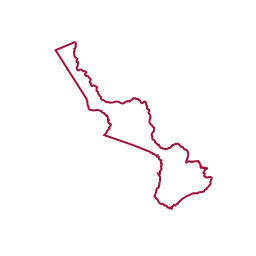 outline of Teruel, Huila, Colombia, rotated 25°
{"feature_id": "7082276B17617494286143", "entity_name": "Teruel", "entity_type": "district", "adm_level": 2, "iso_a3": "COL", "parent_name": "Colombia", "parent_adm1": "Huila", "projection": "orthographic", "projection_center": [-75.687, 2.832], "detail": "fine", "context": "isolated", "style": "outline", "palette": "rose", "viewbox_px": 256, "rotation_deg": 25, "n_neighbors": 0, "source": "geoboundaries", "source_scale": "gbopen_adm2", "svg_char_len": 5944}
<svg xmlns="http://www.w3.org/2000/svg" viewBox="0 0 256 256"><g transform="rotate(25 128 128)"><path d="M191.0,182.3L192.1,182.1L192.9,182.7L193.8,182.8L194.3,182.5L194.6,182.2L194.9,182.1L195.5,182.5L196.3,182.4L196.8,182.7L197.0,183.0L197.4,183.2L197.9,183.3L198.7,182.9L199.3,183.2L199.7,183.1L199.8,182.6L201.3,182.8L201.5,182.3L201.9,182.2L201.9,181.9L201.5,181.5L201.0,181.4L200.9,181.2L201.9,179.4L202.2,179.0L202.1,178.2L202.7,178.1L203.1,178.2L203.3,178.4L203.7,178.2L204.3,176.4L205.3,175.5L205.1,174.5L207.0,169.6L209.1,166.5L209.6,165.4L210.4,164.2L212.2,162.9L212.5,162.0L213.8,160.5L214.5,160.1L214.9,159.4L215.8,159.3L217.1,158.3L218.6,157.8L219.0,157.4L219.1,156.9L219.6,156.2L222.1,154.6L222.8,154.4L222.9,154.0L223.8,153.1L223.9,152.1L223.8,151.7L225.0,150.0L225.1,148.7L226.3,145.5L226.3,144.8L226.5,144.2L226.3,143.2L225.3,142.1L225.4,140.5L225.1,138.1L223.4,137.6L222.9,137.7L222.2,138.0L221.6,139.0L220.5,139.3L219.5,139.9L219.0,139.8L218.7,139.5L217.1,139.2L217.2,138.2L216.9,137.0L215.4,136.8L215.4,136.4L215.6,134.5L215.3,133.9L215.3,133.1L215.5,132.9L215.6,132.4L215.7,132.2L216.5,132.1L216.7,131.9L216.6,131.1L216.0,131.2L215.7,131.6L215.0,131.9L214.5,131.5L214.2,131.7L213.8,131.7L213.6,132.1L213.2,131.9L212.8,132.3L212.2,132.3L212.0,132.8L211.5,132.8L211.3,133.2L210.8,133.3L210.5,133.1L210.6,132.7L210.4,132.6L210.1,132.0L209.8,131.9L209.6,131.5L209.8,131.3L209.6,131.1L209.4,131.0L208.8,130.4L208.1,130.0L207.8,129.6L207.1,129.4L207.0,128.8L206.6,128.8L205.9,128.3L205.6,128.4L205.4,128.7L204.9,128.6L203.9,129.4L203.3,129.6L202.3,130.2L201.9,130.6L200.9,131.0L200.3,131.8L199.3,131.8L199.1,132.1L197.8,132.3L197.5,132.6L197.0,132.8L195.3,134.6L195.1,134.4L195.0,133.7L194.8,133.0L194.8,132.0L194.7,131.3L194.8,130.1L194.3,129.0L194.1,127.0L193.8,126.6L193.1,125.9L192.5,124.6L191.4,123.5L190.6,123.2L190.2,123.1L188.9,123.5L187.7,123.4L185.8,122.3L183.6,122.5L182.1,121.6L181.1,121.3L179.7,121.3L179.2,121.8L178.5,121.8L177.6,122.3L177.4,123.3L176.2,124.1L175.5,124.9L175.0,127.0L174.5,128.2L173.8,128.6L172.4,130.5L171.4,131.1L169.6,131.6L168.3,131.8L167.0,131.7L166.0,132.2L165.6,132.1L164.0,131.0L163.4,130.3L163.0,130.1L162.8,130.2L162.7,130.6L162.4,130.7L161.3,130.2L159.3,129.8L158.7,129.5L158.3,128.5L156.2,127.9L155.1,127.8L154.4,127.3L154.0,126.4L153.8,125.5L152.3,124.4L152.1,122.0L152.8,119.9L152.2,118.7L152.0,117.4L151.8,117.1L151.3,116.6L149.9,116.3L148.6,115.5L146.8,114.9L145.3,114.0L144.8,113.3L144.1,111.3L144.1,110.9L144.3,110.1L144.1,109.2L143.6,108.9L143.3,108.4L143.4,107.8L142.1,106.5L140.8,106.1L140.0,105.2L140.3,104.3L139.7,102.9L139.5,102.6L138.7,102.8L138.2,102.6L137.5,102.6L137.2,102.4L136.8,102.0L136.6,101.2L136.0,100.3L135.1,99.4L134.5,99.1L134.0,97.6L132.9,97.0L132.2,96.9L131.4,97.2L131.3,97.4L131.4,98.0L131.2,98.3L130.0,99.7L129.6,99.8L128.0,98.7L127.4,98.0L125.7,97.8L125.4,97.7L125.2,97.4L123.5,98.0L123.2,98.3L121.8,98.0L120.9,98.7L120.3,98.7L119.8,100.4L119.1,101.3L118.8,101.9L118.5,102.1L118.3,102.9L118.1,103.3L116.6,103.5L116.3,104.3L115.7,104.5L114.5,105.5L114.0,107.0L112.9,108.0L112.1,108.3L108.0,108.4L105.7,109.1L105.4,109.4L104.7,110.4L101.7,112.3L100.8,112.7L99.7,112.6L98.6,113.3L97.5,113.3L96.3,113.6L95.1,113.3L93.6,113.2L92.3,113.4L91.3,112.9L90.1,111.1L88.8,110.8L87.4,110.0L86.2,109.0L85.3,107.7L83.8,107.6L83.3,106.9L82.7,104.4L82.4,103.9L81.3,103.9L79.3,103.7L78.7,104.0L77.4,105.3L76.9,104.9L76.1,104.9L75.8,103.7L75.3,103.1L74.9,102.9L74.3,103.1L74.0,102.8L73.8,101.7L73.8,100.1L73.6,99.5L73.0,99.2L70.9,98.6L70.0,98.0L69.6,97.9L68.7,98.4L66.9,98.1L66.7,98.0L66.3,97.5L66.7,95.1L64.5,94.8L63.1,95.4L62.7,95.4L61.1,94.9L60.4,95.0L59.5,95.6L59.1,96.4L58.6,96.8L57.9,96.8L57.2,96.5L56.6,95.9L55.8,94.4L56.2,93.0L55.8,91.5L55.6,91.2L55.5,90.1L55.1,89.5L54.7,89.4L53.6,89.8L53.0,88.9L52.7,86.6L51.4,86.6L50.6,86.4L49.1,85.5L48.4,84.6L48.3,83.8L46.9,82.4L46.9,82.0L47.1,81.4L46.7,80.4L46.7,79.7L46.3,79.1L45.8,78.9L46.4,77.8L46.2,77.1L46.4,76.5L45.6,75.2L45.5,74.2L44.6,72.9L44.3,72.7L43.3,72.8L29.5,88.1L78.4,119.3L78.4,119.6L79.0,120.6L79.9,120.8L80.0,121.4L80.6,122.2L80.9,122.9L81.4,123.8L81.9,124.2L82.0,124.6L83.1,125.1L83.4,125.7L83.6,125.9L83.7,126.6L84.3,127.3L86.2,127.6L87.3,127.2L88.0,127.1L88.3,127.0L88.5,126.6L89.3,126.7L90.1,126.3L91.7,125.1L93.4,124.3L95.8,124.1L96.6,123.9L97.4,124.2L97.7,124.7L98.2,124.9L99.7,124.6L101.5,125.5L102.0,125.3L103.2,126.0L103.3,125.9L103.2,125.7L103.3,125.6L104.0,125.6L104.5,126.4L105.2,126.7L105.9,128.3L106.2,128.5L106.9,128.5L107.3,128.8L107.4,129.7L106.9,130.0L107.0,130.3L108.2,131.7L109.1,131.6L109.3,131.9L109.9,132.1L110.1,131.9L110.9,131.9L111.3,132.6L111.0,134.9L110.6,135.6L110.7,136.2L111.5,136.6L111.2,137.0L110.8,138.1L110.8,138.6L110.4,139.1L110.3,139.8L110.6,140.6L110.2,142.3L110.0,143.2L110.1,143.6L109.6,144.2L109.5,144.5L139.4,141.4L158.1,140.3L159.1,140.8L159.7,140.3L160.4,140.3L160.8,140.5L161.4,140.9L161.8,140.8L162.4,140.5L163.1,140.7L163.8,140.6L164.4,140.9L165.1,141.0L165.6,140.7L165.5,141.0L166.2,141.7L166.7,141.6L166.8,141.3L167.5,141.4L167.6,141.1L167.9,141.1L168.1,141.5L168.4,141.5L169.2,143.0L169.5,143.2L170.2,143.4L170.8,143.1L171.3,143.4L172.0,143.3L172.2,143.8L172.1,144.3L171.9,144.5L171.9,144.8L172.2,145.1L172.5,145.0L172.8,146.0L173.0,146.2L173.4,146.1L173.9,146.3L173.6,146.9L174.1,147.5L173.9,147.7L174.0,148.7L174.3,148.7L174.4,149.1L174.9,149.5L175.0,150.3L175.6,150.8L175.9,151.6L175.5,152.4L175.2,153.8L175.4,154.0L175.6,154.3L175.3,154.8L175.5,155.0L175.9,154.9L176.0,155.4L175.9,155.7L175.9,156.0L176.3,156.3L176.1,156.6L176.1,156.8L175.6,157.1L175.1,157.0L175.7,157.6L177.5,158.6L178.7,160.4L178.8,161.2L179.3,162.1L179.5,162.9L179.8,164.9L180.4,166.0L180.4,166.4L180.2,167.0L180.9,168.1L180.8,169.3L180.0,170.0L180.0,171.2L179.8,172.0L179.9,172.6L180.3,172.9L180.7,175.6L180.7,178.5L180.9,178.8L181.8,178.9L183.2,180.0L184.3,180.1L185.3,180.5L187.3,182.3L188.6,182.9L189.7,182.9L191.0,182.3Z" fill="none" stroke="#9f1239" stroke-width="2"/></g></svg>